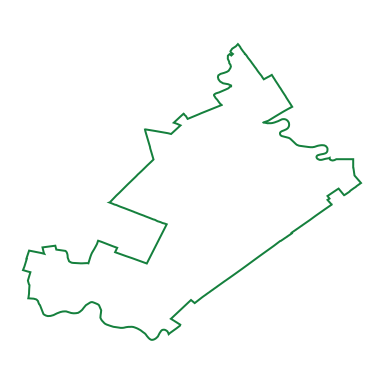 Veresti, Suceava, Romania
{"feature_id": "2599482B2854630041456", "entity_name": "Veresti", "entity_type": "district", "adm_level": 2, "iso_a3": "ROU", "parent_name": "Romania", "parent_adm1": "Suceava", "projection": "robinson", "projection_center": [26.473, 47.638], "detail": "fine", "context": "isolated", "style": "outline", "palette": "green", "viewbox_px": 384, "rotation_deg": 0, "n_neighbors": 0, "source": "geoboundaries", "source_scale": "gbopen_adm2", "svg_char_len": 5860}
<svg xmlns="http://www.w3.org/2000/svg" viewBox="0 0 384 384"><path d="M168.7,334.2L170.0,333.0L176.7,328.2L179.7,325.9L180.0,325.6L180.3,324.7L170.9,318.8L171.5,318.3L191.0,300.0L194.7,303.1L202.4,297.1L224.5,281.3L231.1,276.7L235.6,273.5L243.0,268.2L258.7,256.7L263.0,253.6L273.9,245.8L280.2,241.0L280.8,240.9L291.8,233.4L291.4,233.0L291.9,232.5L309.9,220.0L315.6,215.8L325.0,209.2L331.7,204.6L331.7,204.4L331.1,204.0L330.6,203.4L328.9,201.5L327.5,199.9L329.5,198.6L327.5,196.0L337.3,189.4L338.6,188.6L343.8,194.9L344.1,195.2L345.2,194.6L348.9,192.1L349.8,191.4L350.1,190.9L351.3,190.0L354.4,187.8L355.7,187.0L356.5,186.2L361.0,183.0L354.5,175.5L353.4,167.8L353.2,167.7L353.2,159.2L336.3,159.2L334.5,160.1L332.7,160.5L331.2,160.2L329.9,159.4L329.7,157.8L329.0,158.2L325.6,158.8L323.3,159.4L322.7,159.6L321.6,159.8L321.0,159.9L320.5,159.9L319.8,159.9L319.2,159.7L318.8,159.5L318.1,159.2L317.4,158.7L317.2,158.6L316.7,157.8L316.6,157.5L316.5,157.2L316.5,156.9L316.6,156.4L316.8,156.1L317.2,155.6L317.7,155.3L318.2,155.1L318.7,155.0L318.8,154.9L319.5,154.7L321.3,154.3L323.5,153.9L324.5,153.6L325.1,153.4L325.8,153.1L326.3,152.7L326.7,152.3L327.1,151.7L327.3,151.2L327.4,150.7L327.5,149.5L327.5,148.8L327.4,148.4L327.2,147.8L326.7,147.1L326.1,146.4L325.8,146.1L325.2,145.8L324.4,145.4L323.6,145.3L322.9,145.2L321.2,145.2L319.8,145.4L318.2,145.7L317.4,145.9L314.4,146.9L313.6,147.0L312.7,147.2L311.5,147.2L310.5,147.2L308.5,147.0L304.0,146.4L299.7,145.8L298.7,145.6L297.6,145.1L296.8,144.8L296.3,144.4L295.7,143.9L291.3,139.7L290.2,138.7L289.5,138.3L288.8,137.9L288.1,137.7L282.0,136.1L281.3,135.8L281.1,135.6L280.7,135.3L280.4,134.9L280.3,134.7L280.1,134.2L280.0,133.7L280.0,133.4L280.0,133.0L280.1,132.7L280.3,132.4L280.6,132.0L281.3,131.5L282.0,131.1L283.1,130.7L283.9,130.4L286.3,129.3L287.3,128.6L287.8,128.2L288.0,127.9L288.6,126.9L288.8,126.6L289.0,125.8L289.1,125.1L289.1,124.2L289.0,123.4L288.9,122.9L288.7,122.4L288.4,121.9L287.8,121.0L287.2,120.4L286.5,119.9L286.0,119.6L285.5,119.4L284.7,119.2L284.1,119.1L283.3,119.1L282.6,119.2L281.7,119.4L280.7,119.9L278.0,121.2L276.0,121.9L274.7,122.4L273.2,122.8L271.9,123.1L270.5,123.2L268.3,123.2L267.9,123.3L264.8,122.7L263.5,122.6L263.4,122.5L263.5,122.4L265.9,121.6L268.2,120.8L275.2,116.5L282.2,112.3L284.6,110.9L290.0,107.9L290.0,108.0L290.2,107.9L292.2,106.8L289.8,103.0L288.1,100.4L286.0,97.1L285.8,96.6L282.2,91.1L280.6,88.5L280.4,88.2L279.6,87.1L278.1,84.7L275.7,81.1L274.1,78.5L273.8,78.1L271.8,74.9L268.5,76.8L268.0,77.0L263.8,79.3L262.7,77.8L262.1,76.9L261.6,76.0L259.2,73.0L257.7,71.0L255.9,68.3L255.0,67.2L253.5,65.1L252.4,63.6L252.2,63.4L251.4,62.2L250.6,61.1L249.5,59.7L247.9,57.7L246.5,55.5L245.5,54.4L245.3,54.3L245.4,54.2L243.8,52.3L242.8,51.0L240.8,48.2L240.2,47.0L238.8,45.1L237.9,44.1L235.9,46.3L232.2,48.7L230.4,51.3L231.0,52.5L232.9,54.0L231.3,55.5L229.6,54.1L227.9,55.7L227.8,58.8L229.2,61.8L229.2,62.5L229.2,63.0L230.5,64.9L230.9,66.6L230.3,68.2L228.6,70.8L226.8,71.9L224.0,72.9L220.5,73.9L218.3,75.4L217.9,77.1L218.5,79.4L220.1,81.5L223.1,83.3L228.1,84.2L231.1,85.5L231.1,86.4L230.7,86.5L229.8,86.9L228.6,88.1L228.0,88.5L226.0,89.4L225.6,89.6L224.4,90.1L219.1,92.4L216.8,93.1L215.7,93.5L214.7,94.1L214.3,94.5L214.0,94.9L214.0,95.1L214.1,95.6L214.7,96.5L215.2,97.3L215.6,98.0L217.2,99.7L217.9,100.7L218.9,102.1L219.9,103.4L220.6,104.2L220.9,104.4L221.6,104.8L221.7,105.0L208.0,110.5L201.0,113.3L199.0,114.2L187.9,118.8L187.6,118.9L186.7,117.4L186.0,116.2L185.6,115.8L184.5,114.9L184.0,114.0L183.6,113.7L180.7,116.3L173.8,122.7L177.0,123.8L180.5,125.4L171.1,134.0L167.9,133.2L154.7,130.9L145.5,129.4L145.0,129.5L145.5,131.7L146.9,136.4L150.0,146.9L150.2,148.3L151.6,153.0L153.5,159.5L152.8,160.2L147.2,165.5L145.7,167.0L141.6,171.0L137.7,174.6L136.5,175.9L135.0,177.4L133.0,179.3L127.5,184.6L119.4,192.7L116.5,195.4L109.8,202.4L109.5,202.5L112.6,203.7L114.1,204.4L115.4,204.8L116.1,204.9L117.9,205.7L119.8,206.5L122.5,207.5L124.2,208.1L129.9,210.3L130.5,210.5L132.5,211.3L133.9,211.8L134.4,212.1L136.1,212.7L139.6,214.1L144.0,215.7L145.1,216.2L149.3,217.8L153.3,219.4L154.2,219.6L155.1,219.9L155.6,220.2L157.5,221.2L159.5,221.8L160.7,222.2L162.7,223.1L163.7,223.3L165.4,223.8L166.7,224.3L157.0,243.4L146.8,263.5L132.2,258.2L126.0,256.1L115.1,252.2L117.2,247.8L113.0,246.3L101.4,241.8L98.1,240.7L98.0,240.9L97.1,243.7L96.8,244.3L96.2,245.5L94.4,248.8L92.0,252.8L91.5,253.9L91.2,254.6L90.5,256.5L88.4,263.3L88.1,263.2L86.9,263.1L82.8,263.3L80.1,263.3L78.3,263.2L76.7,263.1L73.0,262.9L71.7,262.7L70.8,262.3L69.1,261.3L68.6,260.0L67.7,257.6L67.6,255.7L67.4,254.3L66.8,252.5L66.2,251.6L65.4,250.9L56.3,249.6L55.3,245.7L42.5,247.4L43.8,252.8L44.3,253.8L40.7,252.9L29.1,250.6L26.4,258.7L26.8,258.8L24.4,266.6L23.0,270.1L27.3,271.4L30.4,272.2L27.9,280.6L28.5,282.8L29.0,284.4L29.5,285.1L29.2,289.2L29.0,293.9L28.5,297.5L28.3,298.3L33.9,298.7L34.4,298.9L35.6,299.2L36.4,299.5L37.1,300.1L37.7,300.8L38.1,301.2L38.3,302.2L39.1,304.1L40.0,305.2L43.2,313.4L43.5,314.1L44.4,314.8L46.0,315.6L47.9,316.1L50.6,315.9L53.5,315.1L56.9,313.4L60.5,312.0L62.8,311.5L64.5,311.4L66.1,311.4L67.4,311.8L71.2,313.0L73.5,313.3L76.0,313.2L78.2,312.8L80.1,311.6L82.1,309.9L83.8,307.7L85.9,305.2L90.2,302.5L91.3,302.1L92.4,302.1L94.1,302.7L95.8,303.4L97.7,304.2L99.0,305.2L101.2,310.3L100.9,313.1L100.6,315.1L100.4,317.6L100.7,318.5L101.8,320.4L104.1,322.9L105.0,323.7L106.5,324.5L110.2,325.8L113.4,326.8L117.6,327.4L120.8,327.9L122.1,327.9L123.9,327.7L126.0,327.2L128.2,326.9L130.1,326.9L130.9,326.8L131.8,326.8L133.3,327.0L134.3,327.3L135.7,327.8L137.6,328.6L140.5,330.2L143.1,332.2L144.7,333.3L145.7,334.3L146.9,336.0L148.7,338.1L149.9,339.1L151.0,339.7L152.0,339.9L153.6,339.6L154.9,339.0L156.0,338.3L157.9,336.5L159.5,333.3L161.1,330.9L162.0,330.1L162.8,329.8L163.8,329.7L164.8,329.8L165.9,330.3L166.7,330.8L167.4,331.4L168.1,332.6L168.4,333.4L168.7,334.2Z" fill="none" stroke="#15803d" stroke-width="2"/></svg>